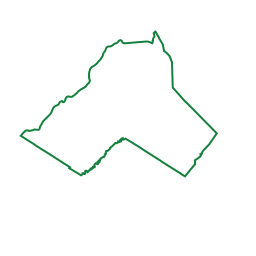 Otaņķu pag., Nicas, Latvia (Natural Earth projection), rotated 138°
{"feature_id": "27541924B2147324015224", "entity_name": "Otaņķu pag.", "entity_type": "district", "adm_level": 2, "iso_a3": "LVA", "parent_name": "Latvia", "parent_adm1": "Nicas", "projection": "natural_earth1", "projection_center": [21.142, 56.421], "detail": "fine", "context": "isolated", "style": "outline", "palette": "green", "viewbox_px": 256, "rotation_deg": 138, "n_neighbors": 0, "source": "geoboundaries", "source_scale": "gbopen_adm2", "svg_char_len": 5502}
<svg xmlns="http://www.w3.org/2000/svg" viewBox="0 0 256 256"><g transform="rotate(138 128 128)"><path d="M164.6,192.1L167.8,193.0L168.6,193.1L169.9,193.0L172.9,191.7L174.3,191.0L175.6,190.5L176.6,190.3L179.4,190.2L182.8,189.9L186.1,189.9L187.1,189.6L188.4,189.1L190.0,188.6L192.1,187.9L193.0,187.6L193.5,187.1L194.0,186.7L194.4,186.5L195.0,186.4L195.7,186.5L196.7,187.5L197.6,188.4L198.4,189.5L198.6,189.6L199.5,189.8L200.4,190.2L203.1,191.7L203.6,192.4L203.9,192.7L203.9,193.0L204.3,193.4L204.7,193.9L205.1,194.2L205.6,194.3L206.3,194.5L207.6,194.4L207.9,194.4L208.2,194.6L208.6,194.6L209.4,194.4L212.9,193.9L210.2,184.2L209.0,180.1L208.0,175.6L207.8,175.3L206.9,171.8L203.7,160.8L198.9,143.1L197.3,137.6L198.6,137.4L196.6,131.2L194.7,124.9L194.5,124.2L194.4,124.2L193.9,124.3L193.7,124.2L193.3,124.2L193.2,124.3L192.9,124.4L192.3,124.4L192.0,124.3L191.9,124.4L191.8,124.6L191.7,124.5L191.7,124.4L191.7,124.2L191.4,124.3L191.2,124.1L191.1,123.4L191.2,123.1L191.1,122.9L190.9,122.8L190.6,123.0L190.4,122.9L190.1,123.0L189.9,123.1L189.4,123.5L188.8,123.7L188.7,123.8L188.8,123.9L188.9,124.3L188.8,124.5L188.7,124.6L188.2,124.6L187.6,124.2L187.4,123.6L187.3,123.0L187.4,122.9L187.3,122.5L187.5,122.4L187.5,122.2L187.0,122.2L185.9,122.5L185.5,122.5L185.3,122.4L184.9,122.4L184.6,122.2L184.3,122.2L184.1,122.2L184.1,122.4L183.9,122.4L183.7,122.4L183.4,122.6L183.0,122.5L182.9,122.6L182.8,122.4L183.1,121.9L182.8,121.7L182.6,121.7L181.6,122.0L181.4,122.2L181.5,122.3L181.2,122.3L181.0,122.0L180.9,121.9L180.7,122.0L180.0,122.3L180.0,122.5L179.9,122.6L179.0,121.9L179.5,121.4L179.3,121.3L179.0,121.2L178.7,121.3L178.3,121.8L178.2,122.6L177.9,122.8L177.8,123.0L177.6,123.1L176.8,123.3L176.3,123.4L175.3,123.2L175.0,123.0L175.0,122.8L175.0,122.5L175.0,122.4L174.8,122.4L174.5,122.5L174.4,122.5L174.4,122.4L174.5,122.2L174.6,121.9L174.9,121.7L174.7,121.4L174.3,121.4L174.1,121.5L173.8,121.8L173.3,121.8L172.6,121.8L172.2,122.0L171.8,121.9L171.7,121.9L171.5,122.1L171.5,122.3L171.8,122.5L171.7,122.6L171.8,122.9L171.6,123.0L171.4,123.2L171.5,123.2L170.6,122.6L170.4,122.6L169.9,123.2L169.7,123.2L169.3,123.5L169.1,123.5L169.0,123.4L168.8,123.4L168.7,123.5L168.4,123.7L167.8,123.5L167.5,123.5L167.0,123.3L166.4,123.2L165.9,123.0L165.8,122.9L165.6,122.7L165.3,122.9L165.1,122.7L164.9,122.6L164.7,122.6L164.4,122.8L163.9,122.9L163.8,123.0L163.6,123.4L163.4,123.5L163.2,123.4L162.9,123.5L162.3,124.0L161.8,124.0L161.8,123.8L161.7,123.7L161.4,123.9L161.4,124.1L161.1,124.5L160.5,124.9L160.2,124.9L160.0,125.1L160.0,125.3L159.7,125.5L158.9,125.1L158.5,124.7L158.2,124.6L157.9,124.7L157.7,124.6L157.3,124.5L157.0,124.6L155.9,124.6L155.1,124.7L154.9,124.7L154.7,124.9L154.7,125.1L154.4,125.3L153.3,125.2L152.9,125.3L152.3,125.0L151.4,125.0L150.6,125.1L149.4,125.1L147.4,125.3L147.3,125.2L147.2,125.1L147.2,124.8L146.9,124.6L146.8,124.4L146.6,124.3L146.2,124.2L145.5,124.1L144.8,124.1L144.6,124.2L144.6,124.4L144.3,124.6L143.8,123.4L142.3,123.6L142.4,123.9L142.5,124.1L142.3,124.2L142.1,124.2L141.9,123.9L141.9,123.2L142.6,122.9L142.3,122.8L141.5,123.1L141.1,123.4L140.8,123.4L140.7,123.7L140.3,123.4L140.1,123.4L140.0,123.5L140.3,123.7L140.3,123.9L140.2,124.2L140.1,124.4L139.8,124.4L139.3,124.2L139.5,124.1L139.3,123.9L139.3,123.7L139.1,123.3L139.0,123.1L139.2,122.9L139.3,122.7L139.1,122.4L138.7,122.2L138.4,122.0L136.9,121.7L136.7,120.8L134.0,112.1L133.9,111.5L132.9,108.2L132.0,104.9L130.5,99.1L126.0,83.0L125.2,79.7L120.7,63.6L119.9,60.9L119.7,60.5L119.8,60.5L119.5,59.6L119.0,57.3L118.0,53.9L103.8,56.1L102.4,56.1L101.2,57.7L99.9,59.2L99.7,59.1L98.2,58.9L93.1,58.4L91.9,59.5L91.7,59.8L91.4,59.3L90.7,59.5L90.9,59.8L89.9,60.1L87.4,60.9L78.6,61.5L74.6,62.5L65.6,64.6L67.5,107.6L67.8,109.0L67.7,128.1L53.9,144.4L51.6,147.0L50.9,148.4L49.1,153.3L49.0,153.8L49.0,154.1L49.0,156.0L49.0,157.3L49.3,159.3L49.7,161.1L46.3,166.7L45.7,169.4L45.0,173.0L44.5,174.6L43.8,178.0L43.5,179.0L43.3,180.1L43.2,180.6L43.1,181.1L43.2,181.4L43.4,181.5L43.9,181.2L44.3,181.1L44.8,181.3L45.4,181.3L45.7,180.7L46.5,179.2L46.7,178.7L47.2,178.2L47.5,178.1L48.7,177.9L49.6,177.5L50.9,176.5L51.0,176.5L51.1,176.1L51.7,175.9L52.8,174.9L53.3,174.8L54.3,177.0L54.9,178.2L55.6,179.1L56.3,179.8L57.0,180.4L57.3,180.6L70.4,190.6L73.4,192.8L74.5,194.0L74.7,194.5L74.8,195.2L74.7,195.8L74.4,196.9L74.4,197.5L74.5,197.8L74.7,198.2L75.5,198.7L75.9,198.8L76.8,198.8L78.7,198.6L79.4,198.7L80.2,199.0L80.9,199.3L81.4,199.5L82.0,199.7L83.2,199.8L83.8,199.7L85.6,200.1L86.5,200.5L86.8,200.7L87.1,200.9L88.2,201.8L89.1,202.1L90.3,202.1L91.0,201.9L93.1,200.7L94.0,200.4L94.6,200.4L95.6,200.2L96.4,199.9L97.6,199.2L98.4,198.6L101.6,197.6L102.5,197.4L104.7,197.2L108.0,196.8L109.1,196.8L110.7,196.9L112.2,197.1L112.8,197.2L113.3,197.4L113.8,197.5L115.6,197.4L116.2,197.3L116.8,197.1L119.1,195.6L120.1,194.9L121.2,194.0L121.5,193.6L121.7,193.1L122.7,192.3L122.9,192.0L122.8,191.8L123.6,190.9L123.9,190.4L124.0,189.9L124.4,189.1L124.8,188.6L125.3,188.3L126.2,187.9L126.7,187.8L127.1,187.8L127.7,187.6L129.0,187.7L130.1,187.4L131.1,187.2L131.5,187.1L132.5,187.1L136.9,188.1L137.7,188.2L140.0,188.5L140.4,188.5L142.3,188.3L144.2,188.3L145.6,188.2L148.7,188.7L149.4,189.2L150.1,189.8L150.8,190.9L151.2,191.3L151.5,191.6L151.8,191.7L152.3,191.9L153.0,192.0L153.6,191.9L154.0,191.9L154.5,191.7L155.3,191.1L156.0,190.7L157.8,190.2L158.4,190.2L158.7,190.4L159.0,190.9L159.0,191.2L158.9,191.5L159.0,191.9L159.1,192.2L159.9,192.5L160.7,192.8L161.3,192.8L161.7,192.8L162.6,192.4L163.5,192.1L164.0,192.0L164.6,192.1Z" fill="none" stroke="#15803d" stroke-width="2"/></g></svg>